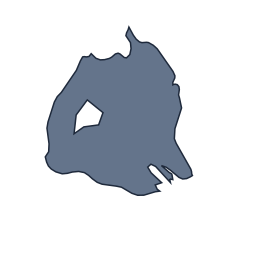 SVG path tracing the border of Pampanga, rotated 309°
{"feature_id": "PHL-2558", "entity_name": "Pampanga", "entity_type": "Province", "adm_level": 1, "iso_a3": "PHL", "parent_name": "Philippines", "parent_adm1": "", "projection": "natural_earth1", "projection_center": [120.674, 15.026], "detail": "fine", "context": "isolated", "style": "filled", "palette": "slate", "viewbox_px": 256, "rotation_deg": 309, "n_neighbors": 0, "source": "natural_earth", "source_scale": "10m", "svg_char_len": 1405}
<svg xmlns="http://www.w3.org/2000/svg" viewBox="0 0 256 256"><g transform="rotate(309 128 128)"><path d="M131.6,208.0L129.3,207.2L125.6,205.4L122.8,202.6L121.7,198.7L121.9,187.6L121.5,182.2L119.8,177.6L119.4,188.1L119.8,190.9L119.0,192.0L116.1,195.3L115.0,193.1L114.2,192.9L112.3,195.3L115.5,173.7L114.3,168.6L110.0,167.9L107.7,174.2L106.7,188.6L100.9,185.0L98.8,189.2L98.9,192.4L95.6,189.3L85.8,182.6L81.8,177.8L79.7,172.1L77.9,160.2L75.4,155.4L68.0,143.2L66.4,138.2L66.1,132.4L66.4,127.2L65.9,122.2L63.2,117.0L58.8,112.5L54.6,109.4L51.0,105.7L48.5,99.5L47.8,94.1L48.4,90.0L50.3,86.2L53.5,81.9L59.6,81.3L66.0,76.6L76.9,65.1L82.4,62.0L101.9,54.4L107.9,53.3L113.8,53.8L140.3,51.6L150.1,48.8L154.7,48.0L155.9,49.0L157.1,51.0L159.1,52.7L162.6,52.6L162.0,59.2L163.5,63.6L166.4,66.8L170.3,69.7L172.7,70.7L177.6,71.6L179.9,73.2L180.5,75.2L180.4,80.7L181.6,82.7L186.2,83.2L191.5,80.5L195.9,76.2L198.4,68.3L201.1,67.0L204.3,66.3L207.0,65.2L203.5,73.7L202.2,78.4L202.1,82.7L203.1,85.1L206.3,88.5L207.3,90.2L208.2,95.6L207.9,100.9L200.3,127.3L198.1,131.6L196.3,132.9L191.7,134.1L189.8,135.7L190.5,136.0L191.8,137.1L192.7,139.0L192.2,141.5L190.2,143.7L185.5,146.5L183.8,149.0L177.3,157.0L157.0,164.9L148.8,170.8L146.4,175.1L135.5,202.8L134.1,204.8L132.3,206.6L131.6,208.0ZM111.9,103.2L124.2,98.9L124.2,78.7L105.5,79.5L89.6,89.7L101.1,93.0L111.9,103.2Z" fill="#64748b" stroke="#1e293b" stroke-width="1.5"/></g></svg>